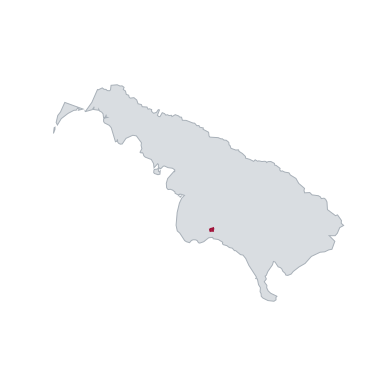 location of Mercedes, Buenos Aires, Argentina, rotated 112°
{"feature_id": "61730980B17018817153702", "entity_name": "Mercedes", "entity_type": "district", "adm_level": 2, "iso_a3": "ARG", "parent_name": "Argentina", "parent_adm1": "Buenos Aires", "projection": "natural_earth1", "projection_center": [-59.369, -34.7], "detail": "fine", "context": "in_parent", "style": "filled", "palette": "rose", "viewbox_px": 384, "rotation_deg": 112, "n_neighbors": 0, "source": "geoboundaries", "source_scale": "gbopen_adm2", "svg_char_len": 4385}
<svg xmlns="http://www.w3.org/2000/svg" viewBox="0 0 384 384"><g transform="rotate(112 192 192)"><path d="M233.5,117.3L231.4,121.1L231.9,123.6L230.0,129.6L230.5,130.7L229.0,133.6L229.5,136.6L228.7,139.6L229.1,143.3L228.5,144.4L227.1,144.7L226.2,149.8L227.4,154.8L226.3,155.8L228.2,159.4L233.7,162.5L236.5,165.7L236.6,167.0L235.1,169.0L235.0,170.7L235.8,173.0L237.2,174.4L239.9,175.3L240.2,178.5L239.8,180.6L234.7,187.9L233.6,191.1L228.8,194.3L216.5,198.1L207.0,199.5L201.5,199.2L197.9,197.7L198.2,201.8L200.0,203.1L199.1,203.1L199.9,203.9L199.5,207.2L198.3,207.9L197.5,210.7L197.6,213.1L198.7,215.1L197.6,217.1L193.5,219.1L188.6,219.6L179.5,216.4L179.8,215.9L179.4,215.7L177.9,216.3L177.3,219.1L178.4,223.4L178.2,227.1L178.8,228.3L182.1,229.7L181.9,231.2L183.0,231.4L185.3,231.0L185.6,229.8L184.3,229.4L187.5,228.4L188.7,230.0L188.9,233.8L188.3,234.8L185.9,235.5L185.2,235.3L183.7,232.7L182.5,232.1L179.0,233.5L178.6,234.4L183.8,236.3L180.0,238.3L177.1,241.9L177.2,248.4L176.5,250.2L174.5,251.9L174.1,253.1L174.9,253.8L174.6,255.1L170.6,254.7L167.8,256.7L165.3,257.3L160.8,264.6L161.6,268.2L167.0,273.3L173.6,274.7L174.5,276.4L174.3,278.4L173.5,279.6L171.1,280.8L173.2,280.8L174.1,281.8L162.7,290.9L161.2,293.6L160.7,299.1L159.8,300.3L157.5,301.3L155.8,300.2L154.5,298.2L154.6,299.8L152.4,300.4L155.0,300.5L156.3,301.8L152.8,303.8L151.8,305.6L151.5,308.1L150.1,309.6L151.2,309.3L152.4,314.2L149.6,314.6L153.1,315.4L157.4,321.0L157.0,321.5L156.9,320.9L146.4,318.4L132.4,318.0L132.4,317.2L129.1,314.2L129.7,312.0L129.1,310.2L129.7,308.6L129.1,306.5L127.9,305.8L123.4,307.0L120.6,301.5L120.7,298.5L119.8,296.6L120.4,294.2L122.7,294.1L123.3,291.5L126.1,289.5L126.0,287.0L127.7,285.7L128.1,284.4L126.3,281.2L127.4,277.7L130.4,275.1L129.9,271.7L131.6,270.1L130.1,265.6L131.7,263.7L130.8,262.7L130.7,260.3L132.4,259.7L133.4,257.1L131.5,254.8L128.3,254.1L128.1,252.9L133.9,252.8L134.5,251.0L134.1,249.9L129.6,249.3L129.6,246.8L130.5,245.2L129.5,243.5L129.8,242.0L128.6,239.8L129.6,238.8L126.6,236.5L126.5,232.7L127.1,231.8L126.6,229.7L129.1,227.8L127.8,224.2L127.7,217.1L127.2,215.3L128.7,212.4L127.8,210.5L129.0,209.1L128.4,205.5L129.7,205.2L130.4,199.0L133.7,197.2L134.4,195.9L131.8,188.1L131.9,185.1L131.3,183.8L131.9,182.0L131.2,179.5L132.2,176.5L134.4,175.3L134.6,174.3L136.9,172.2L136.7,167.2L135.5,164.6L136.7,163.7L137.4,159.8L139.0,155.8L140.5,155.1L140.1,150.5L140.5,146.3L138.5,145.5L138.9,142.6L138.1,141.8L137.6,138.7L136.2,135.9L136.1,134.7L136.8,133.9L135.3,132.8L134.2,130.3L134.4,127.9L134.6,126.3L136.2,125.2L135.8,124.0L137.1,119.2L138.7,118.9L139.5,117.2L138.6,116.3L138.8,113.4L137.9,109.3L139.4,107.2L140.5,100.7L144.1,96.2L146.5,89.0L148.5,88.8L150.6,87.3L148.4,82.6L149.7,79.6L148.1,73.4L148.5,71.0L149.7,69.7L148.3,67.3L148.7,65.4L150.7,63.1L157.6,59.8L160.2,50.1L158.7,48.5L162.4,42.8L165.1,41.9L166.2,38.9L169.7,41.7L175.8,41.8L178.9,42.9L181.1,48.5L184.2,41.1L192.7,40.8L194.4,43.5L197.7,46.5L199.9,50.7L207.0,57.2L215.9,60.4L221.4,64.7L227.8,68.4L230.9,69.3L233.4,71.9L233.9,73.8L232.5,75.3L231.4,78.2L229.7,79.9L229.0,81.7L229.1,84.1L225.8,88.8L225.9,90.5L229.3,90.1L237.4,91.9L241.4,91.9L242.6,92.7L244.8,90.5L248.2,91.4L250.5,87.6L252.8,86.9L255.2,84.3L256.4,81.1L256.9,74.2L258.3,74.7L260.5,73.7L262.6,75.1L264.2,80.9L263.8,86.4L262.8,88.7L260.3,89.9L259.0,91.5L255.1,92.7L253.0,95.6L248.1,98.8L248.4,100.5L246.8,100.3L238.7,111.8L233.5,117.3ZM156.6,343.5L155.9,324.1L158.7,327.9L157.4,327.7L157.1,329.5L159.4,329.9L160.5,332.1L165.6,336.4L173.0,340.7L180.3,341.9L178.4,344.0L171.3,345.1L167.1,343.9L156.6,343.5ZM183.2,343.3L185.3,342.5L189.6,342.4L184.0,343.9L183.2,343.3ZM201.1,200.8L201.0,201.7L199.7,200.4L201.1,200.8Z" fill="#d9dde1" stroke="#a8b0b8" stroke-width="1"/><path d="M221.5,160.4L221.3,160.2L221.1,159.9L220.9,159.5L220.8,159.4L220.8,159.1L220.6,158.8L220.6,158.6L220.4,158.3L220.3,158.0L220.2,157.7L220.0,157.8L219.9,157.9L219.7,158.0L219.3,158.3L219.2,158.4L218.9,158.4L218.9,158.5L218.7,158.4L218.4,158.2L218.3,158.3L218.2,158.4L218.2,158.5L217.7,158.4L217.3,158.8L217.8,159.2L217.8,159.3L218.0,159.4L218.2,159.6L218.3,159.7L218.4,159.8L218.6,159.9L218.8,160.1L218.7,160.2L219.0,160.5L218.8,160.7L219.2,161.1L219.3,161.1L219.5,161.0L219.7,160.9L219.8,161.1L219.9,161.3L220.2,161.0L220.3,160.9L220.6,160.7L220.6,160.8L220.7,160.7L221.0,160.5L221.2,160.4L221.3,160.6L221.5,160.4Z" fill="#f43f5e" stroke="#9f1239" stroke-width="1.5"/></g></svg>